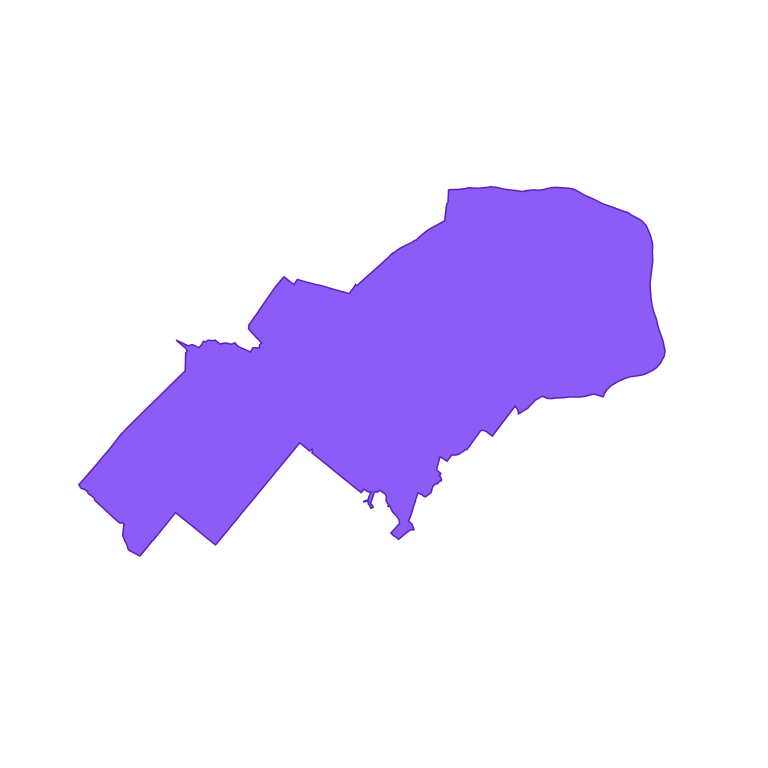 the district of Seces pag., Jaunjelgavas, Latvia, rotated 47°
{"feature_id": "27541924B20656105866452", "entity_name": "Seces pag.", "entity_type": "district", "adm_level": 2, "iso_a3": "LVA", "parent_name": "Latvia", "parent_adm1": "Jaunjelgavas", "projection": "albers", "projection_center": [25.369, 56.527], "detail": "fine", "context": "isolated", "style": "filled", "palette": "violet", "viewbox_px": 768, "rotation_deg": 47, "n_neighbors": 0, "source": "geoboundaries", "source_scale": "gbopen_adm2", "svg_char_len": 6022}
<svg xmlns="http://www.w3.org/2000/svg" viewBox="0 0 768 768"><g transform="rotate(47 384 384)"><path d="M286.1,204.4L293.6,212.1L294.6,213.1L295.4,215.7L300.6,222.0L306.0,228.2L304.5,234.2L303.4,238.4L303.0,239.6L302.8,240.9L302.2,243.0L301.6,245.6L301.1,249.4L300.8,253.3L300.6,256.9L300.7,257.6L300.8,257.7L300.6,260.4L300.9,262.2L300.0,263.3L299.7,265.5L299.2,268.1L297.6,272.7L295.9,278.8L295.7,279.5L295.1,283.2L294.7,287.1L294.5,288.1L294.3,288.0L294.2,288.9L294.2,291.8L294.3,292.2L294.4,295.9L294.3,297.8L294.2,305.5L294.1,310.1L294.1,310.5L294.0,315.1L293.7,323.9L293.6,336.3L293.2,337.1L291.8,337.0L292.0,337.4L292.4,338.8L292.7,340.1L292.9,340.8L293.2,342.2L293.3,343.5L293.3,343.9L293.4,344.7L293.6,345.3L293.9,346.0L294.1,346.3L294.4,346.8L294.7,347.1L293.2,348.3L286.3,352.6L283.0,354.6L279.7,356.7L278.9,357.1L275.7,359.0L271.9,361.2L267.1,364.2L267.1,364.5L262.6,367.3L256.0,371.6L249.8,375.3L248.4,376.1L249.2,379.2L249.4,380.3L250.0,382.1L248.2,382.3L245.4,382.9L242.1,383.3L241.4,383.4L238.2,383.9L237.3,384.2L237.9,389.3L238.2,391.5L238.7,395.8L240.0,402.5L241.7,410.1L241.9,411.2L244.9,425.2L245.1,425.6L245.7,428.0L246.3,431.1L246.5,432.8L247.6,437.2L248.1,439.8L248.8,443.2L250.1,443.5L250.2,444.0L251.3,445.5L256.6,445.6L263.5,445.7L263.5,445.4L270.6,445.7L270.6,448.6L272.8,450.3L268.1,455.2L268.4,456.6L269.7,459.7L260.1,463.8L259.7,464.0L256.8,465.1L252.0,465.0L251.8,466.0L251.0,468.0L250.8,468.4L250.6,468.7L250.3,468.9L246.6,471.3L246.3,471.5L245.0,473.2L244.5,473.9L243.4,475.9L243.3,476.2L243.3,476.4L243.2,476.6L236.6,477.6L236.6,478.3L236.4,478.6L236.1,479.0L234.6,480.4L231.9,482.9L232.0,483.1L231.6,485.5L229.6,487.1L230.3,488.8L230.8,490.3L231.2,494.6L227.7,495.9L226.7,496.4L224.4,497.3L223.0,500.2L222.4,501.2L214.8,504.2L210.1,506.1L222.8,504.7L225.6,505.3L226.0,506.4L225.8,507.7L238.8,520.4L239.3,541.0L239.8,557.7L240.0,571.5L240.5,587.0L240.8,599.2L241.5,611.7L244.4,629.2L245.8,641.6L246.4,646.0L247.7,657.8L249.0,669.7L249.4,674.2L249.3,675.7L249.7,675.8L250.8,676.2L252.9,676.6L253.7,676.6L255.8,675.6L256.6,675.0L257.6,674.7L258.4,674.5L259.2,674.6L259.7,674.4L260.1,674.1L260.7,674.2L261.2,674.4L261.4,674.7L261.8,674.8L262.3,674.9L263.5,674.9L264.8,674.4L265.3,674.5L267.5,673.9L268.0,674.1L268.3,674.0L268.9,673.6L269.2,673.6L269.4,673.6L270.0,673.9L271.8,674.7L272.0,674.8L272.3,674.8L272.7,674.8L273.3,674.8L275.5,674.6L280.7,674.2L289.7,673.5L291.0,673.4L291.3,673.4L296.3,673.1L298.8,672.8L299.5,672.7L301.1,672.6L304.6,672.3L304.8,672.3L305.5,671.9L306.4,671.2L306.6,670.9L306.9,670.5L307.5,669.6L308.9,669.5L311.7,672.8L316.5,678.4L318.9,679.2L319.1,679.4L320.9,680.2L321.9,680.4L323.0,680.9L324.7,681.2L325.4,681.5L326.7,681.9L327.7,682.4L328.8,683.1L329.3,683.4L331.1,683.8L332.0,683.9L332.6,683.8L332.7,683.5L333.4,683.4L336.2,682.3L343.3,679.9L342.5,672.8L342.0,669.2L341.2,663.3L340.8,661.4L340.7,660.6L340.9,659.6L339.6,650.3L337.0,631.7L336.1,625.5L335.8,624.2L360.6,620.6L374.9,618.7L386.8,617.0L384.6,599.7L382.6,584.4L380.6,570.4L380.5,569.1L379.0,557.3L374.7,524.6L369.8,487.5L369.6,485.7L382.4,484.0L382.6,481.1L385.0,482.7L384.9,483.6L398.5,481.7L408.4,480.3L428.2,477.6L437.8,476.2L447.8,474.8L447.6,472.8L447.3,470.5L450.0,469.6L452.0,469.3L452.8,468.6L454.2,467.2L456.5,472.6L457.9,474.8L455.9,478.7L456.4,479.1L458.9,475.4L460.1,476.6L461.0,477.3L462.7,477.4L466.0,478.3L466.8,476.1L465.3,475.4L465.0,475.4L462.3,475.3L459.8,470.7L456.4,464.7L458.7,462.3L458.6,461.7L458.5,460.2L460.0,459.4L465.0,458.2L466.5,458.6L467.8,459.0L468.9,460.1L469.6,460.9L471.3,462.4L472.6,462.5L475.6,463.1L475.9,464.5L476.7,464.2L477.3,463.1L483.3,465.0L488.2,464.9L493.2,465.4L496.6,467.7L497.7,480.6L501.2,480.5L503.8,479.7L507.6,479.3L507.9,472.4L508.6,464.3L510.1,462.8L511.1,461.5L505.5,459.1L500.9,459.5L498.8,454.8L496.7,450.8L493.8,446.2L493.1,444.8L491.3,441.2L490.4,440.1L489.0,437.6L486.8,433.5L491.1,431.5L492.0,431.8L494.0,431.1L494.7,430.8L495.2,427.0L495.6,423.6L495.5,423.4L492.9,419.6L492.0,416.9L492.3,415.2L492.3,414.0L493.6,412.7L493.0,412.0L493.3,411.1L493.0,409.8L493.9,408.3L493.1,407.1L492.3,406.7L491.3,406.4L490.0,405.8L488.8,406.0L488.3,403.5L482.7,404.1L480.6,401.0L478.8,398.1L478.5,397.7L478.1,396.8L475.3,392.6L483.5,390.6L482.3,384.1L482.1,382.9L485.0,379.9L486.5,377.0L486.8,374.3L487.5,371.1L487.3,369.6L488.5,368.0L488.3,366.8L487.9,364.6L485.3,351.4L484.1,345.1L484.3,344.8L484.4,344.2L484.5,344.0L484.8,343.8L485.1,343.6L485.4,343.4L486.2,342.9L487.2,341.9L496.0,340.3L494.2,330.3L491.9,316.4L490.3,307.5L489.7,303.3L491.4,303.4L493.0,303.6L494.0,303.9L495.0,304.3L495.8,304.6L496.7,305.3L497.1,305.8L497.5,306.1L498.1,303.6L498.4,301.9L498.6,301.1L498.7,300.6L498.8,300.1L499.0,299.2L499.8,295.3L499.6,294.0L499.4,293.4L499.3,288.7L499.0,284.7L500.6,277.6L501.2,276.4L505.9,274.4L507.7,272.7L508.8,271.7L510.3,269.5L512.7,266.3L513.8,265.2L514.9,263.7L516.1,262.7L517.5,260.5L518.4,259.4L520.5,256.6L522.7,254.3L526.3,250.4L528.0,248.4L529.4,246.4L529.7,245.9L530.5,244.9L531.9,242.0L533.0,239.9L533.2,239.6L533.2,239.1L535.5,236.6L542.9,232.5L541.0,228.6L540.1,224.7L540.2,218.7L541.7,211.5L544.0,204.6L546.5,199.0L551.3,192.4L554.3,187.6L557.1,179.1L557.9,173.6L557.3,167.8L556.0,164.0L554.7,160.0L551.6,156.0L542.2,150.3L531.7,145.7L526.1,142.8L522.4,140.5L516.3,138.1L515.3,137.6L509.1,134.2L504.3,130.9L495.7,124.1L492.4,121.3L490.5,119.3L487.2,115.3L477.7,103.9L474.4,101.0L470.0,97.3L468.1,95.1L466.3,93.4L463.8,91.5L457.8,88.2L452.6,86.1L446.9,84.2L440.9,84.1L437.8,84.9L431.6,86.9L429.1,88.0L427.5,88.0L424.0,89.2L419.8,91.6L414.5,94.3L411.4,95.8L401.6,101.0L399.3,101.9L395.8,103.1L390.3,105.2L384.4,107.8L381.4,109.0L375.4,110.7L371.3,112.1L367.2,115.1L365.5,116.6L357.7,123.9L354.7,127.5L352.6,130.8L351.0,134.1L347.4,139.3L344.4,141.8L340.1,147.4L337.4,151.8L333.5,154.7L326.4,160.9L321.2,164.8L317.1,167.4L314.3,170.0L312.4,171.5L310.9,174.0L308.3,177.4L305.7,181.0L303.5,183.0L301.5,185.3L298.3,187.9L296.9,190.7L292.3,197.1L286.9,203.1L286.1,204.4Z" fill="#8b5cf6" stroke="#5b21b6" stroke-width="1.5"/></g></svg>